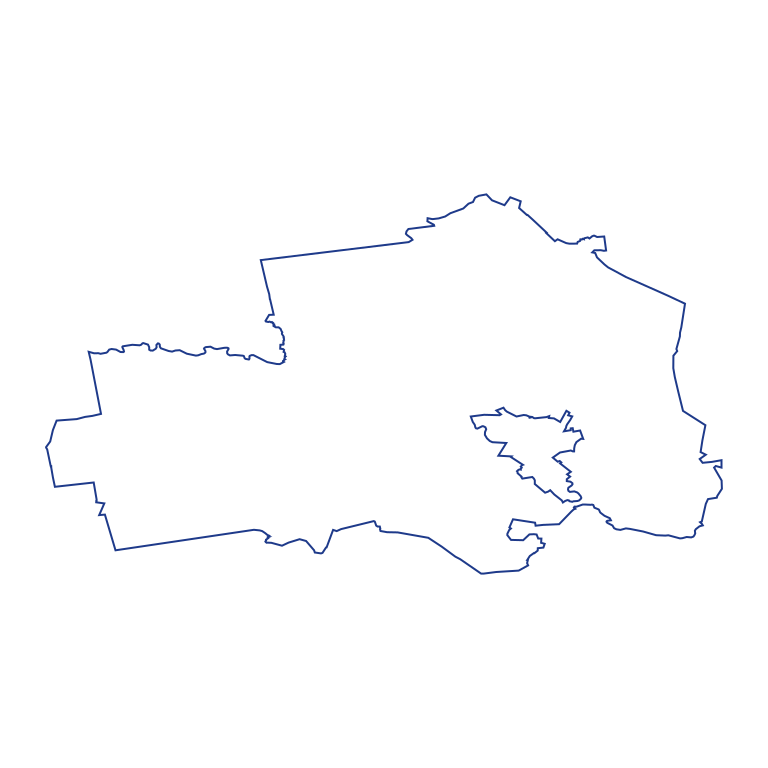 the district of Abavas pag., Talsi, Latvia
{"feature_id": "27541924B53865799489570", "entity_name": "Abavas pag.", "entity_type": "district", "adm_level": 2, "iso_a3": "LVA", "parent_name": "Latvia", "parent_adm1": "Talsi", "projection": "robinson", "projection_center": [22.52, 57.069], "detail": "fine", "context": "isolated", "style": "outline", "palette": "blue", "viewbox_px": 768, "rotation_deg": 0, "n_neighbors": 0, "source": "geoboundaries", "source_scale": "gbopen_adm2", "svg_char_len": 6091}
<svg xmlns="http://www.w3.org/2000/svg" viewBox="0 0 768 768"><path d="M685.0,303.7L668.2,295.8L626.1,277.1L608.1,267.4L604.4,264.4L597.0,257.4L595.2,253.0L592.3,252.4L594.3,250.3L600.8,250.2L603.9,250.8L606.1,250.5L604.2,236.5L597.1,237.0L594.4,235.7L593.6,235.7L592.1,236.3L589.5,238.5L587.8,237.4L584.6,238.2L583.8,238.6L583.9,239.2L582.7,238.8L582.2,239.4L580.6,239.3L580.3,239.4L580.4,240.4L580.0,241.0L577.7,241.9L577.1,243.6L569.5,243.7L566.2,243.1L557.6,239.3L554.9,241.2L546.2,233.0L546.7,232.7L533.0,219.9L527.5,214.9L526.9,215.0L519.1,208.0L520.7,201.3L510.3,197.3L504.5,205.2L492.0,200.3L486.4,194.4L478.8,195.8L475.1,197.7L473.0,202.0L468.5,203.7L463.3,208.5L450.4,213.2L445.2,216.5L438.7,218.4L433.7,219.0L432.3,219.1L427.6,218.2L427.4,221.3L433.9,224.8L434.2,225.8L408.4,229.0L406.5,231.4L405.9,233.8L407.1,235.1L411.3,238.2L412.5,239.8L408.7,242.1L260.8,260.1L267.0,286.6L269.2,294.1L269.9,299.3L270.1,299.4L273.7,314.7L269.1,314.9L265.5,320.9L265.9,321.5L268.3,322.0L269.6,321.6L271.0,322.3L271.9,322.0L273.0,322.8L272.7,323.2L273.0,323.6L274.1,324.3L273.8,324.8L274.2,325.2L273.5,325.5L273.5,326.0L275.8,327.3L278.6,327.3L280.6,328.9L281.6,331.3L282.3,332.3L281.9,333.3L282.0,334.1L283.7,336.6L283.5,337.6L284.0,338.1L283.8,338.8L284.1,340.0L283.4,340.9L283.6,341.8L283.2,342.8L283.7,343.8L283.4,344.6L280.4,344.8L280.2,348.7L283.2,349.1L284.1,349.9L283.6,351.9L284.6,352.3L285.3,353.9L284.9,355.4L285.6,356.3L284.8,356.6L285.0,357.2L284.4,358.5L284.4,359.1L285.0,359.4L283.9,360.1L283.7,361.1L283.0,361.1L282.9,361.8L283.6,362.1L279.8,364.1L276.8,364.0L267.2,362.1L253.4,355.1L251.6,355.1L249.7,355.9L249.4,356.6L249.5,358.5L249.1,359.4L248.8,359.5L245.6,358.9L244.7,358.3L243.8,356.0L242.9,355.7L235.2,355.0L229.9,355.4L227.9,354.3L227.2,353.3L227.1,351.5L228.6,348.9L228.4,348.2L227.0,347.7L224.3,347.8L217.0,349.1L214.2,348.6L210.5,346.7L205.9,347.1L204.5,347.8L204.0,348.7L205.4,351.0L205.5,352.1L205.2,352.7L203.9,353.6L201.3,354.1L198.2,355.3L195.9,355.6L186.8,353.7L179.7,350.2L175.4,350.5L172.1,351.6L168.6,351.0L160.9,348.3L159.9,346.8L159.7,344.5L158.7,343.5L157.8,343.4L156.4,345.0L156.6,347.3L155.7,348.8L152.8,350.6L150.5,350.5L149.2,349.7L149.2,347.2L148.0,344.6L143.3,343.1L142.5,343.3L141.2,344.7L139.7,345.3L132.3,344.8L122.8,346.3L122.4,346.7L122.4,347.4L123.6,349.9L124.0,351.6L123.3,352.1L120.5,352.0L116.1,349.6L111.6,349.0L109.2,349.6L107.4,352.0L106.4,352.7L100.5,353.8L98.4,353.2L94.1,353.3L88.7,351.8L90.6,359.9L101.0,413.9L92.3,415.9L85.1,416.9L76.7,419.1L56.6,420.6L52.9,430.1L50.2,441.5L46.1,447.1L46.1,447.6L47.2,449.4L50.5,465.2L50.8,466.4L51.2,466.3L51.3,468.0L52.9,477.3L54.9,486.8L93.7,482.5L96.6,499.5L96.6,500.6L96.3,500.7L96.2,502.3L104.3,503.4L99.2,515.1L104.9,514.6L115.5,550.3L253.9,529.8L259.7,530.4L262.2,531.1L265.3,533.2L267.3,534.9L269.1,535.7L268.1,536.7L269.1,536.9L268.0,537.4L268.3,538.1L266.0,539.7L265.9,540.2L266.1,540.5L265.4,541.6L266.2,542.5L265.9,543.2L266.5,542.6L271.3,542.8L282.0,545.7L288.6,542.6L299.6,539.2L306.1,541.0L314.1,550.3L314.8,552.5L321.0,553.4L322.5,552.9L326.0,547.5L326.6,547.4L333.1,529.9L336.7,531.1L341.1,529.1L373.8,521.1L374.8,521.6L376.2,525.6L377.5,526.5L379.8,526.5L380.3,528.7L380.0,529.2L380.5,531.0L387.1,532.2L397.6,532.4L428.3,537.8L441.8,546.7L455.4,556.7L460.2,559.2L481.1,573.6L483.7,573.6L496.2,572.0L518.7,570.6L528.1,565.4L527.1,563.1L527.9,559.9L527.3,559.9L529.8,556.0L534.0,553.0L534.4,553.2L537.7,550.6L537.8,548.2L543.4,547.6L544.7,543.8L541.1,542.8L541.4,538.6L538.2,538.5L536.6,534.5L533.9,534.2L529.4,534.4L523.2,540.2L511.0,539.9L507.3,535.1L507.4,533.7L509.2,530.0L510.9,528.5L509.4,527.5L513.0,519.3L535.1,522.7L535.6,525.7L543.0,524.9L559.1,524.2L571.3,511.6L573.7,509.4L575.3,508.8L573.9,507.5L574.5,506.6L576.5,506.7L582.8,504.5L584.3,504.5L590.6,504.8L592.0,504.6L593.3,505.0L594.4,507.7L598.6,509.4L599.1,510.0L600.1,512.3L600.7,512.9L604.5,515.8L609.8,518.2L610.9,520.3L607.8,520.7L606.8,521.1L606.5,521.6L606.7,522.2L607.4,522.9L612.5,525.5L614.1,528.2L616.4,529.3L620.4,529.9L625.9,528.4L629.9,528.9L643.1,531.5L656.1,535.2L665.3,535.6L668.4,535.3L680.0,538.4L682.3,538.2L686.7,537.0L691.2,537.4L693.4,536.6L694.3,535.4L695.2,533.5L694.9,530.7L695.8,529.2L699.5,526.3L702.8,525.4L701.9,523.9L700.1,522.2L701.8,521.5L705.8,503.9L708.0,499.1L716.8,497.7L717.3,495.9L721.9,488.8L721.6,480.5L714.1,467.6L715.8,466.0L721.5,467.6L721.5,460.2L711.9,461.9L702.6,462.8L699.7,459.0L705.8,454.7L700.6,452.1L702.4,440.4L705.4,425.2L683.0,410.9L678.4,392.3L674.8,377.0L673.3,368.2L673.4,355.7L677.2,351.1L676.4,349.0L679.9,336.4L680.0,332.7L681.3,327.4L685.0,303.7ZM522.9,464.8L510.7,456.9L511.3,456.4L498.4,455.7L506.3,443.0L492.4,442.2L489.8,441.0L487.0,438.4L484.9,434.9L485.0,432.1L486.2,429.2L485.4,427.3L483.5,426.3L482.3,426.2L477.4,428.6L476.0,428.3L475.4,427.5L474.7,424.7L472.8,422.0L470.8,416.5L484.1,414.8L499.6,415.2L501.0,414.4L496.4,410.5L503.5,407.7L505.1,410.1L506.8,411.6L516.5,416.5L523.7,415.0L526.3,415.3L529.1,416.5L529.5,417.7L530.7,417.5L530.7,416.8L532.3,417.0L533.9,418.1L535.0,418.3L546.5,417.1L549.2,416.1L548.8,418.0L554.0,418.4L560.2,422.0L566.4,410.8L569.5,412.7L568.2,415.3L572.2,416.4L570.2,420.0L567.1,424.4L566.3,426.1L566.0,427.8L564.0,431.3L570.7,430.2L570.7,428.4L572.7,428.2L573.4,431.7L580.1,430.5L583.2,438.9L581.1,438.7L576.4,442.1L574.8,445.2L574.2,448.3L574.1,451.4L572.9,451.4L570.8,450.5L560.0,452.5L552.8,457.6L557.7,461.7L559.7,461.0L561.3,462.4L560.1,463.4L570.8,471.8L567.1,474.3L570.1,476.6L566.8,479.2L566.8,481.1L570.5,481.7L572.4,483.2L572.5,484.3L571.6,485.5L568.4,487.7L568.0,489.3L568.4,490.8L569.9,491.9L574.3,491.4L577.1,492.4L578.4,493.4L580.7,496.2L581.3,497.8L581.1,498.5L579.2,500.4L577.5,501.0L573.4,501.3L572.3,501.8L569.4,501.2L568.9,500.4L567.4,500.1L565.1,501.0L562.9,502.5L561.8,500.4L554.3,494.5L550.2,490.2L548.2,491.6L545.1,492.7L534.8,484.0L534.8,480.3L533.9,478.6L532.3,477.0L522.3,478.6L521.4,477.3L521.6,476.7L517.6,473.2L517.5,471.8L517.0,471.2L518.5,469.8L520.0,469.4L520.8,469.6L520.8,468.6L521.7,467.7L520.8,466.6L522.1,465.1L522.9,464.8Z" fill="none" stroke="#1e3a8a" stroke-width="2"/></svg>